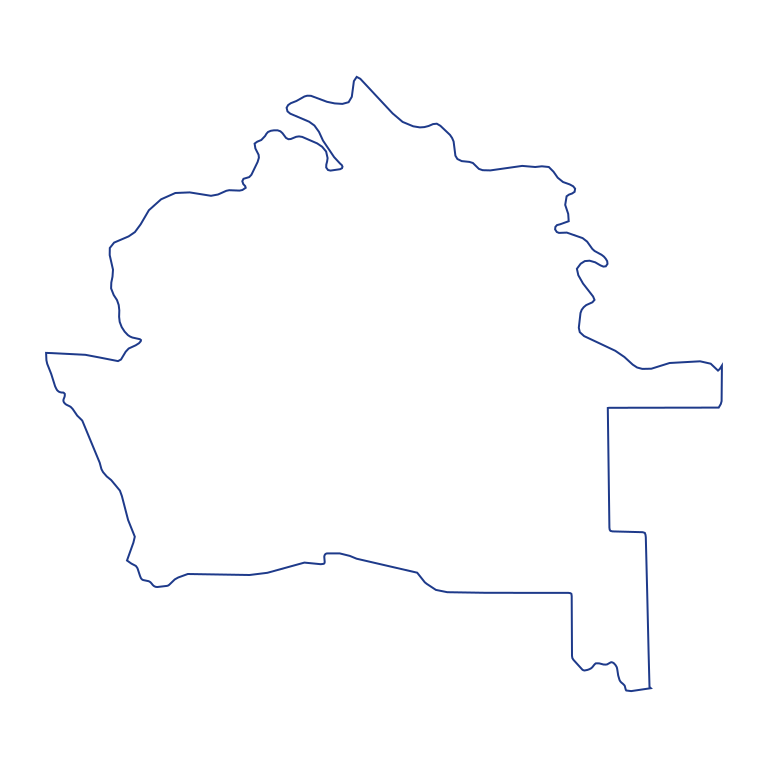 map outline of Tashauz (Robinson projection)
{"feature_id": "TKM-353", "entity_name": "Tashauz", "entity_type": "Province", "adm_level": 1, "iso_a3": "TKM", "parent_name": "Turkmenistan", "parent_adm1": "", "projection": "robinson", "projection_center": [58.681, 41.132], "detail": "fine", "context": "isolated", "style": "outline", "palette": "blue", "viewbox_px": 768, "rotation_deg": 0, "n_neighbors": 0, "source": "natural_earth", "source_scale": "10m", "svg_char_len": 4228}
<svg xmlns="http://www.w3.org/2000/svg" viewBox="0 0 768 768"><path d="M356.7,76.9L360.3,78.8L392.6,113.4L402.6,121.9L413.2,126.3L419.9,127.4L424.3,127.1L428.6,126.0L433.0,124.1L436.8,123.7L440.4,125.8L450.0,134.9L452.1,138.0L453.6,141.5L455.4,155.7L457.4,159.0L461.7,161.1L469.4,161.9L472.9,163.0L478.9,168.9L482.7,170.2L490.4,170.4L522.2,165.9L535.2,167.0L541.9,166.3L548.8,167.0L553.5,171.7L557.7,177.7L563.0,182.0L569.7,184.4L573.2,186.3L575.1,188.7L574.6,191.8L572.1,193.5L569.0,194.6L566.6,196.3L565.2,204.9L568.2,213.9L568.7,221.2L559.8,224.4L559.7,224.4L557.0,225.1L555.4,226.9L555.1,229.4L556.8,232.0L559.0,232.9L566.8,232.6L582.6,238.1L587.1,241.6L590.6,246.5L592.3,248.9L594.6,251.0L601.7,254.9L603.9,256.6L605.7,258.7L607.2,261.2L607.5,263.9L605.8,266.3L603.4,266.6L600.5,265.4L595.2,262.3L589.6,260.7L584.8,261.1L580.7,263.7L576.9,268.8L578.3,275.2L583.0,283.5L593.1,296.5L594.5,299.9L592.4,302.3L586.2,305.1L583.7,307.2L581.7,309.8L580.5,313.0L578.8,327.8L579.8,332.2L584.1,336.1L600.7,343.9L615.3,350.8L624.4,357.0L632.7,364.6L637.1,367.5L642.3,368.9L651.4,368.7L669.6,363.0L700.1,361.3L710.7,363.7L718.0,370.6L718.9,369.8L719.9,368.8L721.9,365.6L721.9,369.2L721.6,401.1L720.8,404.0L718.7,407.6L609.0,407.8L607.8,408.0L609.4,527.6L609.7,529.7L610.5,530.9L612.6,531.4L642.7,532.2L644.8,532.9L645.5,534.8L645.8,537.2L647.2,592.9L648.6,652.7L649.5,686.9L650.8,688.2L631.2,691.1L626.3,690.5L625.8,689.8L625.3,688.0L624.8,686.0L624.4,685.3L622.8,683.7L621.3,682.5L620.5,681.6L619.9,680.7L619.5,679.9L618.2,675.5L617.2,669.0L616.8,667.3L616.2,666.2L615.4,664.9L613.6,663.0L612.3,662.4L611.2,662.2L610.3,662.6L607.1,664.4L605.6,664.6L603.5,664.5L599.3,663.4L597.2,663.3L595.7,663.4L595.0,664.0L594.3,664.7L592.5,667.0L591.8,667.7L591.1,668.3L589.4,669.2L587.5,669.9L584.5,670.5L583.3,670.2L582.4,669.7L573.5,659.9L572.4,658.2L572.0,655.9L571.7,596.1L571.4,593.9L570.5,593.2L568.6,592.9L485.6,592.8L447.3,592.2L435.9,589.9L426.8,583.9L424.8,582.3L417.2,572.7L356.6,558.7L349.8,555.9L339.7,553.4L327.7,553.4L326.5,553.5L325.7,553.9L325.1,554.4L324.6,555.3L324.3,556.3L324.3,557.3L324.7,562.0L324.5,563.0L323.8,563.8L320.8,564.2L304.4,562.6L267.4,572.8L249.5,575.0L187.8,574.0L178.2,577.5L174.8,579.4L169.1,584.9L168.0,585.6L166.9,585.9L157.4,587.0L155.9,586.9L154.8,586.5L153.9,586.0L153.2,585.4L152.6,584.8L151.6,583.5L150.4,582.2L149.6,581.7L148.7,581.2L143.0,580.0L142.1,579.5L141.5,578.9L140.9,578.1L140.0,575.9L137.5,568.3L136.8,567.2L135.8,565.9L131.4,563.6L127.0,560.5L133.4,542.6L134.8,536.7L128.1,520.0L121.9,496.1L119.9,490.6L111.2,480.1L106.7,476.4L103.1,472.2L102.1,470.4L101.4,469.0L99.7,462.7L82.4,420.9L81.9,420.2L77.2,415.6L72.7,409.0L70.8,407.0L69.7,406.3L66.6,404.8L65.5,404.1L64.0,402.5L63.5,401.3L63.4,400.1L63.7,399.0L64.6,396.7L64.8,395.4L64.8,393.9L64.0,393.0L63.4,392.6L61.4,392.5L60.1,392.2L58.7,391.6L57.2,390.3L56.3,388.8L55.1,386.3L51.2,373.9L47.2,363.8L46.4,360.2L46.1,352.9L51.6,353.1L85.3,354.8L99.6,357.5L118.0,361.1L121.0,359.5L125.7,351.7L128.7,348.5L135.7,345.3L139.0,343.2L140.7,341.3L141.0,340.1L139.9,339.2L132.3,337.5L130.0,336.5L127.9,335.1L124.6,331.6L121.7,327.1L119.7,321.9L119.1,316.8L119.3,310.3L118.7,305.0L117.0,300.1L113.7,295.0L111.1,288.4L111.3,282.6L112.5,276.7L113.0,269.7L109.7,255.1L109.8,248.0L114.1,242.6L128.6,236.4L134.9,232.1L140.6,224.4L148.9,210.2L161.1,199.3L175.3,193.0L189.7,192.4L211.0,195.8L218.0,194.5L226.3,190.8L229.2,190.2L239.5,190.6L242.4,190.0L245.7,187.8L245.2,186.1L243.3,184.1L242.3,181.2L243.5,178.8L249.2,177.1L251.4,174.8L257.6,162.0L258.9,157.7L258.6,154.8L255.4,148.5L254.6,143.6L257.2,141.7L261.3,140.0L265.1,136.0L266.4,133.8L268.0,132.0L270.8,130.8L274.1,130.3L277.5,130.3L280.4,131.3L282.5,133.2L286.0,137.9L288.4,139.2L290.8,139.0L296.2,136.8L299.0,136.4L302.2,136.9L317.2,143.4L322.2,146.8L326.1,151.5L327.6,158.1L327.1,161.5L326.3,164.6L326.2,167.5L328.0,170.0L330.5,170.6L340.1,169.2L342.0,168.2L342.5,166.7L341.8,165.1L340.1,163.6L334.1,157.1L323.0,140.6L319.0,131.9L314.4,125.5L309.1,121.7L290.3,113.7L287.5,111.4L286.6,107.8L288.1,105.1L290.8,103.2L296.4,101.0L304.4,96.5L307.2,95.7L310.9,95.8L327.0,101.8L334.7,103.4L342.4,103.9L348.6,102.2L351.8,96.8L353.9,81.1L356.7,76.9Z" fill="none" stroke="#1e3a8a" stroke-width="2"/></svg>